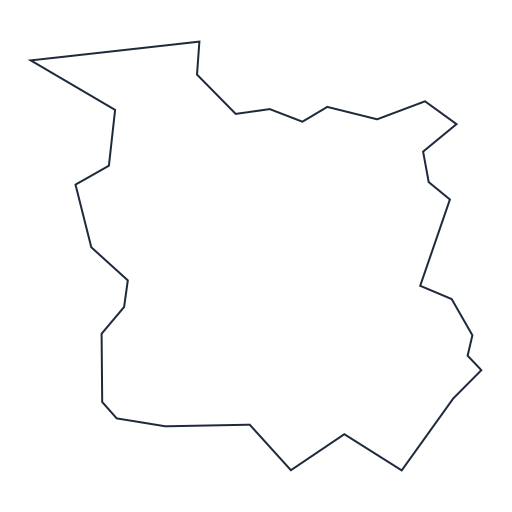 an SVG outline of Newtownabbey
{"feature_id": "GBR-2097", "entity_name": "Newtownabbey", "entity_type": "District", "adm_level": 1, "iso_a3": "GBR", "parent_name": "United Kingdom", "parent_adm1": "", "projection": "robinson", "projection_center": [-5.964, 54.723], "detail": "fine", "context": "isolated", "style": "outline", "palette": "slate", "viewbox_px": 512, "rotation_deg": 0, "n_neighbors": 0, "source": "natural_earth", "source_scale": "10m", "svg_char_len": 541}
<svg xmlns="http://www.w3.org/2000/svg" viewBox="0 0 512 512"><path d="M481.3,370.2L453.3,398.4L401.7,470.4L344.3,434.2L290.9,470.2L249.7,424.7L165.4,426.3L116.7,418.4L102.2,402.0L101.6,333.7L124.1,307.0L127.8,280.4L91.3,247.3L75.5,184.6L108.9,165.7L115.1,109.9L30.7,60.4L199.4,41.6L197.0,74.6L235.7,113.9L269.7,109.1L302.4,121.7L327.3,106.9L377.1,119.3L425.0,101.3L456.5,124.1L423.1,151.6L428.7,182.1L449.9,199.5L420.2,285.8L451.7,299.1L472.4,335.3L467.6,355.7L479.7,368.4L481.3,370.2Z" fill="none" stroke="#1e293b" stroke-width="2"/></svg>